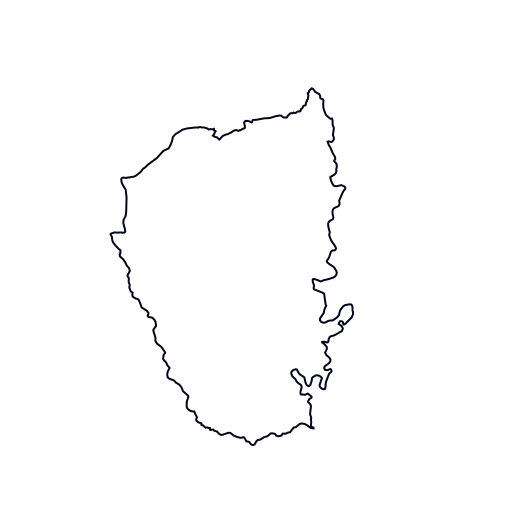 the district of Tha Li, Loei, Thailand, rotated 129°
{"feature_id": "78962969B23200832152912", "entity_name": "Tha Li", "entity_type": "district", "adm_level": 2, "iso_a3": "THA", "parent_name": "Thailand", "parent_adm1": "Loei", "projection": "mercator", "projection_center": [101.431, 17.624], "detail": "fine", "context": "isolated", "style": "outline", "palette": "ink", "viewbox_px": 512, "rotation_deg": 129, "n_neighbors": 0, "source": "geoboundaries", "source_scale": "gbopen_adm2", "svg_char_len": 6151}
<svg xmlns="http://www.w3.org/2000/svg" viewBox="0 0 512 512"><g transform="rotate(129 256 256)"><path d="M353.8,102.7L353.5,102.8L353.3,103.9L353.9,105.4L353.8,106.2L350.4,108.5L348.1,110.7L347.0,111.2L345.1,114.1L344.0,115.1L338.0,118.8L336.8,120.9L336.8,123.1L336.5,123.9L334.0,124.6L331.4,123.8L330.7,123.9L330.3,124.4L330.3,128.9L330.6,129.4L333.1,130.6L334.2,132.6L335.2,133.6L335.3,134.3L334.7,135.1L333.5,136.0L329.4,137.8L328.1,139.3L327.9,140.6L328.2,143.1L328.0,145.5L326.9,147.8L326.6,152.1L325.3,154.4L324.4,155.2L323.4,155.6L321.0,155.2L318.9,153.8L318.5,152.7L320.3,148.7L320.3,145.6L319.9,143.4L320.0,142.0L323.3,137.7L324.4,135.4L324.2,133.4L323.3,132.8L321.7,132.7L317.5,134.4L315.8,135.6L314.2,135.6L310.9,134.2L309.7,132.5L309.2,131.3L309.1,128.7L309.4,127.9L315.5,125.7L316.6,125.1L317.2,124.4L317.7,122.9L317.5,120.6L317.0,119.6L315.9,118.8L314.9,119.1L311.0,121.7L308.9,122.7L301.8,125.0L300.9,125.1L298.8,124.6L297.7,125.0L297.0,126.1L297.0,126.8L297.3,127.3L299.4,128.4L300.5,129.6L301.0,130.9L300.4,132.2L299.8,132.7L298.0,133.1L293.9,131.9L291.3,131.9L289.7,132.9L288.8,135.0L288.8,138.8L287.6,141.5L283.7,142.4L282.2,143.7L281.4,147.4L281.6,150.1L281.1,150.5L280.0,149.5L278.1,145.9L276.8,146.0L274.5,147.4L272.3,147.7L271.4,147.4L269.0,145.6L267.2,144.7L260.3,142.1L258.1,142.6L257.4,143.3L256.5,145.8L256.8,149.0L255.9,149.4L254.0,149.6L253.2,149.1L252.8,148.5L252.7,146.9L254.2,144.9L253.7,144.3L252.3,143.9L243.6,143.0L240.1,144.0L238.5,145.3L237.7,146.6L234.9,148.9L233.9,150.4L233.9,151.9L235.0,153.2L238.0,155.8L240.2,156.6L245.5,156.4L249.8,154.3L252.8,154.4L254.9,155.0L257.7,155.8L260.0,158.3L261.7,159.4L263.3,159.9L264.9,160.9L265.8,162.4L266.2,164.0L265.7,165.8L264.2,167.0L257.6,167.5L254.2,169.3L250.4,170.2L249.4,171.9L242.4,179.4L242.6,181.1L245.4,190.0L244.8,191.0L242.3,192.3L240.4,195.6L238.6,197.1L237.8,197.0L237.2,196.2L235.9,192.9L235.1,189.7L231.8,187.9L228.9,185.5L224.0,182.3L222.0,181.7L220.1,181.7L218.2,182.7L217.2,184.0L215.8,187.7L215.6,189.3L216.1,193.2L216.1,196.4L215.8,197.5L214.7,197.9L211.2,198.3L205.4,200.5L203.8,200.2L202.1,198.4L200.3,198.3L199.8,198.6L198.7,200.3L196.6,207.3L194.8,210.6L193.5,212.5L191.2,213.5L187.7,218.3L185.6,220.2L184.6,220.7L182.9,220.9L178.8,219.4L177.3,220.1L175.2,222.9L173.5,224.4L171.5,225.5L169.3,225.3L165.4,223.3L163.7,223.5L162.8,223.9L160.9,226.0L159.9,226.4L152.0,228.6L149.4,229.0L148.2,228.7L147.0,229.3L146.3,230.7L147.2,234.3L150.4,236.7L152.3,238.9L152.2,241.0L150.5,244.6L148.5,247.4L147.7,247.9L143.6,246.3L141.4,246.1L139.3,247.0L138.2,248.2L136.0,249.2L133.7,251.4L133.1,254.8L132.7,255.2L130.6,255.5L129.3,257.0L127.8,261.0L124.6,267.1L124.1,269.0L122.1,272.3L121.2,271.8L119.9,269.0L118.6,268.7L116.4,268.9L115.3,269.7L113.5,272.4L108.0,275.7L107.0,276.7L106.1,278.7L102.2,282.1L101.4,283.5L102.5,284.6L102.6,285.4L102.4,289.5L102.1,290.9L100.0,294.7L98.3,297.0L95.4,299.6L92.8,301.3L92.1,302.6L92.9,304.8L92.8,305.4L91.0,307.2L90.4,308.8L91.2,313.4L90.3,316.4L90.6,318.2L93.8,318.7L95.6,317.9L97.0,318.2L98.3,316.2L100.0,315.4L100.8,314.7L101.8,314.4L102.9,314.5L103.7,313.7L105.0,313.8L107.2,312.5L107.8,312.5L109.6,313.6L111.9,313.0L113.6,313.4L115.4,312.7L116.1,312.9L117.1,314.3L119.9,315.3L120.6,316.0L120.9,317.1L122.3,317.6L123.0,318.8L124.5,319.4L125.4,319.2L127.0,319.7L128.3,319.1L129.2,319.4L130.8,321.4L131.2,323.1L131.0,324.7L132.1,326.2L135.0,328.7L140.3,332.3L143.9,336.3L150.0,341.5L152.0,343.8L152.8,344.0L154.2,343.4L155.0,343.6L155.9,347.0L157.7,349.2L158.7,349.4L159.9,349.1L162.1,346.4L163.2,345.4L163.8,345.3L165.8,346.5L167.9,347.1L168.6,347.9L169.6,348.2L170.9,351.0L172.5,352.1L176.1,353.2L177.1,353.9L178.8,354.4L180.6,355.9L183.7,357.4L188.6,357.7L188.4,361.1L189.5,363.7L189.6,365.2L188.0,365.1L186.0,365.8L184.5,365.9L184.8,367.6L183.7,368.7L184.9,369.4L185.9,371.2L187.4,372.2L187.6,374.4L188.8,377.3L190.0,378.7L191.1,380.9L192.7,381.8L193.1,382.6L195.3,385.0L200.3,389.9L203.9,392.5L212.1,395.3L215.7,395.5L219.6,393.6L222.7,392.5L227.3,391.6L231.8,393.8L233.3,394.2L242.4,394.7L252.7,397.4L257.0,397.9L259.4,398.7L262.8,398.5L266.9,399.3L269.9,400.1L272.0,401.5L273.2,402.9L274.5,403.6L275.5,404.9L277.1,406.1L278.8,408.8L279.8,409.3L281.1,409.1L283.4,406.7L285.0,403.3L286.5,399.0L291.9,393.5L303.2,384.8L305.9,383.1L307.4,382.4L311.1,381.7L313.9,379.9L317.5,374.9L319.5,372.9L320.7,373.1L321.8,374.2L322.6,375.7L325.3,378.7L326.7,380.8L329.9,382.8L330.6,382.8L331.9,380.0L334.2,377.6L335.4,375.5L336.3,371.7L336.9,367.3L336.9,365.0L337.3,364.5L338.3,364.0L339.0,363.2L340.7,362.8L341.9,361.6L342.1,357.3L343.2,353.7L344.9,350.1L345.2,347.5L345.9,346.0L347.2,344.6L351.9,343.7L352.8,342.5L353.0,341.5L353.6,340.5L356.2,338.8L357.9,336.0L360.3,334.5L362.3,331.1L362.1,328.8L364.0,327.7L365.2,326.4L364.8,322.9L363.7,320.1L365.0,317.3L368.0,312.4L367.3,307.0L367.7,304.2L368.4,303.3L370.5,302.7L371.0,302.1L370.7,300.3L369.4,298.4L369.2,297.6L369.5,294.8L370.6,292.3L373.3,289.7L377.6,289.4L378.6,288.9L382.8,282.6L385.0,281.1L385.5,280.3L386.4,277.7L386.2,272.3L388.1,266.0L388.6,265.7L391.4,265.4L394.3,263.5L394.9,262.2L395.3,258.8L396.6,256.4L397.4,252.7L401.1,251.9L402.9,251.1L404.2,250.2L405.7,248.5L406.0,247.0L405.8,245.8L404.3,241.4L404.8,238.6L404.2,234.5L404.9,231.4L407.0,227.7L407.3,220.8L408.0,219.9L412.6,218.2L414.5,216.9L416.6,215.1L417.4,214.0L417.8,212.6L417.7,209.8L417.2,208.4L415.7,206.0L417.1,203.6L418.4,200.5L420.9,199.5L421.5,198.6L421.6,196.2L420.4,193.2L421.7,191.9L421.0,190.9L421.2,187.2L420.0,186.1L419.5,184.6L418.7,183.6L420.0,182.1L419.7,181.6L418.7,181.1L417.9,180.1L418.0,178.3L417.0,176.1L417.4,173.0L417.1,170.7L416.6,169.9L410.9,166.3L410.0,165.3L409.6,164.2L409.6,160.2L408.8,157.6L407.1,153.6L404.6,151.5L404.5,150.8L406.1,146.7L404.7,144.3L405.5,141.6L405.4,140.7L404.7,139.3L403.3,138.5L399.7,139.1L398.1,138.9L396.0,137.1L391.7,135.7L388.9,133.7L384.6,132.9L383.5,131.7L382.5,129.8L382.3,128.8L382.9,127.4L382.0,125.1L379.5,123.2L377.5,123.5L377.0,123.3L375.5,121.1L373.4,120.2L371.4,118.6L365.7,118.8L363.9,117.3L359.6,116.5L358.4,116.0L357.2,114.8L356.0,112.7L355.4,110.0L355.2,105.4L353.8,102.7Z" fill="none" stroke="#020617" stroke-width="2"/></g></svg>